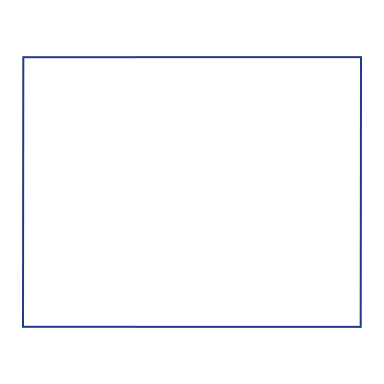 Chickasaw, Iowa, United States of America
{"feature_id": "52423323B57117017215517", "entity_name": "Chickasaw", "entity_type": "district", "adm_level": 2, "iso_a3": "USA", "parent_name": "United States of America", "parent_adm1": "Iowa", "projection": "robinson", "projection_center": [-92.239, 43.06], "detail": "fine", "context": "isolated", "style": "outline", "palette": "blue", "viewbox_px": 384, "rotation_deg": 0, "n_neighbors": 0, "source": "geoboundaries", "source_scale": "gbopen_adm2", "svg_char_len": 195}
<svg xmlns="http://www.w3.org/2000/svg" viewBox="0 0 384 384"><path d="M360.9,171.9L361.0,57.1L23.3,57.2L23.0,326.8L360.7,326.9L360.9,171.9Z" fill="none" stroke="#1e3a8a" stroke-width="2"/></svg>